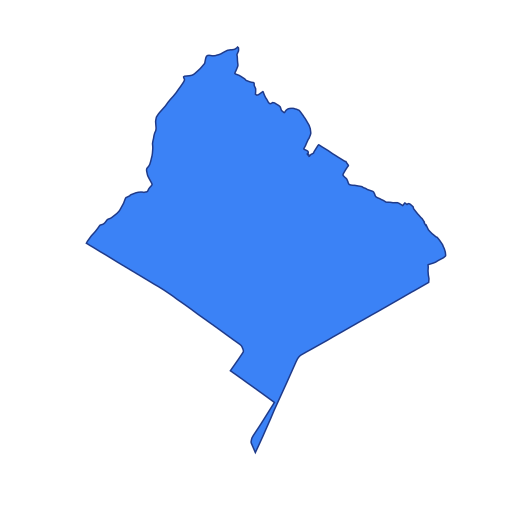 Sai Mai, Bangkok Metropolis, Thailand (Robinson projection), rotated 213°
{"feature_id": "78962969B64116960890602", "entity_name": "Sai Mai", "entity_type": "district", "adm_level": 2, "iso_a3": "THA", "parent_name": "Thailand", "parent_adm1": "Bangkok Metropolis", "projection": "robinson", "projection_center": [100.659, 13.912], "detail": "fine", "context": "isolated", "style": "filled", "palette": "blue", "viewbox_px": 512, "rotation_deg": 213, "n_neighbors": 0, "source": "geoboundaries", "source_scale": "gbopen_adm2", "svg_char_len": 6094}
<svg xmlns="http://www.w3.org/2000/svg" viewBox="0 0 512 512"><g transform="rotate(213 256 256)"><path d="M385.3,421.2L385.3,420.6L385.7,419.5L385.9,419.0L386.4,417.9L387.1,417.1L388.8,415.6L389.6,415.1L390.5,414.3L392.0,412.9L393.4,410.5L394.5,408.5L395.5,406.5L396.7,404.8L397.9,403.5L398.6,402.7L398.9,402.2L399.7,401.5L401.3,400.3L401.9,400.0L404.2,399.0L405.1,398.4L405.5,398.1L406.0,397.5L406.1,397.1L406.3,396.5L406.0,394.8L405.4,393.2L404.2,390.2L404.0,389.7L404.0,389.1L404.5,385.2L404.9,382.6L405.6,379.8L406.7,375.7L407.2,374.4L407.5,373.8L408.2,372.7L409.5,371.4L410.3,370.7L413.8,367.9L414.3,366.9L414.0,366.5L413.8,366.2L412.3,365.3L412.1,365.0L411.8,364.6L411.5,362.8L411.5,360.1L411.6,356.6L411.8,353.5L411.9,349.5L412.4,344.9L413.1,340.8L413.3,338.8L413.5,337.0L413.7,332.4L415.0,324.0L415.2,321.9L415.2,319.1L415.2,318.4L414.9,317.5L414.2,315.7L413.5,314.2L412.7,313.1L409.4,308.8L408.9,307.8L408.4,306.7L408.2,305.8L408.1,304.9L407.9,303.8L407.2,301.6L405.9,298.6L405.3,296.9L404.3,294.5L403.9,293.7L402.3,291.7L401.2,290.1L399.4,286.8L398.8,285.7L397.8,283.5L396.8,280.6L396.0,278.4L395.1,275.4L394.9,274.1L394.9,272.8L395.0,271.8L395.2,270.5L395.2,270.0L395.1,269.6L394.7,268.6L394.0,267.7L392.3,266.0L391.2,264.9L390.0,264.0L387.9,262.8L382.9,260.1L382.2,259.5L382.1,259.3L382.0,259.0L382.1,257.2L382.4,255.7L382.5,253.7L382.2,251.5L382.2,251.1L382.4,250.7L382.9,249.9L383.7,249.4L384.3,248.6L384.6,248.3L385.9,247.8L387.3,247.0L389.5,245.3L391.4,243.3L392.1,242.2L392.8,241.4L393.2,240.7L394.0,239.7L394.6,238.6L394.6,237.9L394.7,237.7L396.6,234.5L396.8,234.3L396.9,233.5L396.7,232.3L396.1,229.5L395.8,228.2L395.6,225.7L395.2,220.2L395.3,218.7L395.8,216.0L397.9,209.8L398.6,208.3L400.0,206.5L400.5,205.5L400.6,204.9L400.8,201.9L401.0,200.9L401.4,199.8L401.8,199.1L402.2,198.6L403.3,197.3L403.5,197.1L403.6,196.7L403.7,196.0L403.8,192.8L404.1,189.2L404.4,187.2L405.0,183.7L405.1,182.8L405.4,176.5L405.2,174.3L403.4,174.4L401.4,174.4L397.2,174.6L388.6,174.8L382.7,175.1L369.4,175.4L330.1,176.8L326.1,176.9L321.2,177.2L314.2,177.3L304.2,177.1L298.6,176.7L291.3,176.5L282.1,176.1L273.0,175.5L251.5,174.6L229.1,173.4L221.7,173.1L220.6,173.0L219.3,172.7L218.3,172.2L216.1,170.7L214.9,169.6L214.6,169.0L214.4,168.5L214.4,167.9L214.4,165.5L214.5,159.7L215.0,145.8L202.4,145.3L194.7,144.9L189.6,144.7L171.1,143.8L160.8,143.2L160.5,124.6L160.4,115.5L160.5,103.8L160.3,101.2L159.7,99.3L159.0,97.6L158.4,96.8L157.9,96.4L149.5,90.8L150.4,97.3L152.1,108.7L155.2,127.8L156.8,136.7L161.3,166.9L164.8,189.0L165.2,192.4L165.1,194.5L164.9,195.7L164.6,196.8L164.2,197.7L161.8,202.4L159.0,207.6L150.1,224.5L147.6,229.6L145.7,233.2L133.9,256.1L127.2,269.0L123.8,275.4L112.7,297.0L106.0,310.2L104.5,312.9L96.8,327.9L98.3,330.7L98.7,331.3L101.2,334.0L103.4,336.9L103.7,337.3L105.5,340.5L106.8,342.1L106.9,342.3L106.9,342.5L103.4,346.7L102.0,348.7L100.8,351.3L100.2,352.4L99.7,353.3L98.1,356.1L97.7,357.0L97.4,358.1L97.1,359.1L97.2,359.6L97.4,360.0L99.2,362.2L100.3,363.2L102.0,364.6L103.4,365.5L104.9,366.4L105.0,366.7L106.4,367.4L110.7,369.2L114.1,370.3L114.5,370.3L115.2,370.1L115.8,370.1L119.0,370.5L120.4,370.6L123.2,371.2L125.4,371.8L125.9,372.0L127.7,373.1L130.1,374.6L130.2,374.1L133.1,375.5L133.1,375.9L133.2,376.1L137.0,377.8L138.8,378.1L141.9,379.0L143.2,379.3L148.8,381.2L149.4,381.4L149.7,381.6L151.0,382.8L151.3,382.9L154.6,383.4L155.3,383.4L156.3,383.2L156.6,383.0L157.0,382.6L157.4,381.4L157.5,381.4L159.6,381.6L160.1,381.5L160.3,379.4L160.4,378.2L160.6,378.2L161.0,378.2L164.6,378.1L166.2,377.8L166.5,377.7L169.8,375.5L170.5,375.1L171.7,374.6L172.8,374.1L175.2,372.6L175.6,372.3L176.1,372.1L176.5,372.0L178.9,372.0L180.0,371.9L181.7,371.6L183.4,371.5L186.1,371.0L187.9,371.0L188.1,371.1L189.4,371.8L189.5,371.9L189.6,372.1L190.3,372.6L192.0,373.6L192.3,373.7L193.0,373.8L193.7,373.7L198.9,372.4L199.9,372.4L200.6,372.4L201.3,372.3L203.2,371.8L204.3,371.9L205.1,371.8L206.6,371.2L208.4,370.4L209.6,369.9L211.1,369.3L212.1,368.8L213.0,368.2L214.6,367.4L216.0,366.9L216.7,366.8L217.3,366.9L218.7,367.7L219.3,368.3L221.7,369.9L222.7,370.2L224.4,370.4L225.3,370.6L226.5,370.9L226.9,371.1L227.1,371.3L227.4,371.8L227.6,372.7L227.8,376.9L227.8,380.5L227.7,381.6L227.7,382.1L227.8,382.2L228.2,382.5L230.5,383.4L232.1,384.2L232.3,384.2L232.9,383.8L233.2,383.8L238.2,383.7L240.9,383.6L243.9,383.6L247.5,383.5L252.8,383.7L256.8,383.6L259.9,383.5L263.5,383.5L264.0,383.4L264.2,382.5L264.2,380.8L264.2,379.9L264.1,375.0L263.8,373.7L264.2,372.8L265.2,371.1L265.4,370.0L265.6,368.7L265.8,368.5L266.8,369.6L267.1,369.8L267.3,369.8L267.4,369.7L267.7,369.1L267.8,369.0L268.0,369.1L268.6,369.5L268.4,370.4L268.3,370.7L268.4,371.0L268.8,371.6L269.4,372.0L270.1,372.1L270.8,372.1L273.8,371.7L274.1,371.8L274.3,371.9L274.4,372.7L274.6,375.5L275.0,377.6L275.6,381.5L275.7,382.7L275.6,383.4L276.0,385.4L276.3,387.0L276.8,388.6L277.5,389.6L279.8,392.3L282.6,394.5L288.7,397.6L290.5,398.4L291.4,398.7L293.3,399.6L293.5,399.6L294.7,400.1L297.1,401.0L299.0,401.6L299.4,401.6L301.7,401.2L302.2,401.1L303.1,400.7L304.1,400.5L305.2,400.1L306.8,399.1L307.7,398.4L308.5,397.7L309.2,396.9L309.6,396.1L309.9,395.3L310.1,394.7L310.2,393.6L310.2,391.9L310.3,391.7L310.9,391.5L311.8,391.7L312.9,391.8L313.9,392.0L314.7,392.5L316.0,393.6L316.8,394.2L318.0,394.5L319.2,394.6L321.5,394.5L323.2,394.5L324.1,394.4L325.7,393.7L326.1,392.6L326.6,391.9L327.0,391.5L327.4,391.3L327.6,391.3L328.5,391.4L329.3,391.6L332.2,393.2L334.1,394.0L336.3,395.3L339.1,397.3L339.5,397.6L339.8,397.6L339.9,397.4L341.5,393.3L341.8,392.7L342.1,392.2L342.8,391.5L343.0,391.3L344.6,391.4L345.9,393.8L346.6,394.9L347.3,396.0L348.0,396.5L350.2,397.9L350.5,398.2L351.4,399.5L351.6,399.8L351.8,399.9L352.2,400.1L352.9,400.0L353.8,399.5L355.1,399.0L357.0,398.5L359.9,397.9L360.3,397.9L361.9,398.4L366.6,398.4L368.6,398.3L371.7,397.6L372.5,397.5L373.2,397.6L373.3,397.8L373.6,399.1L373.7,400.3L374.0,402.0L374.5,404.6L374.8,405.7L375.6,406.9L376.8,408.3L378.2,410.1L379.4,411.8L380.7,413.5L381.6,414.3L381.8,415.1L382.3,418.2L382.7,419.1L383.4,420.2L384.2,421.1L384.3,421.1L385.3,421.2Z" fill="#3b82f6" stroke="#1e3a8a" stroke-width="1.5"/></g></svg>